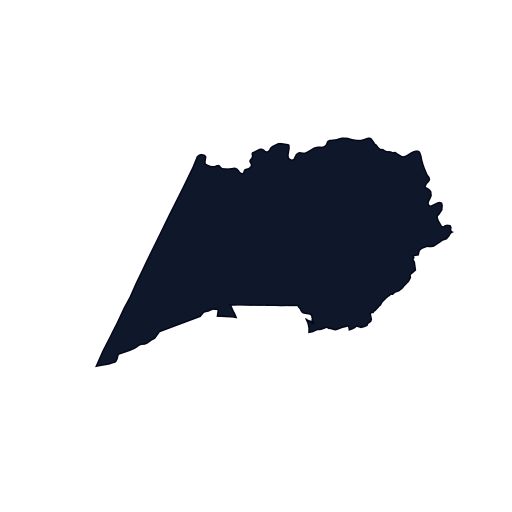 Unión Juárez, Chiapas, Mexico, rotated 240°
{"feature_id": "50627088B53663671154326", "entity_name": "Unión Juárez", "entity_type": "district", "adm_level": 2, "iso_a3": "MEX", "parent_name": "Mexico", "parent_adm1": "Chiapas", "projection": "natural_earth1", "projection_center": [-92.114, 15.071], "detail": "fine", "context": "isolated", "style": "filled", "palette": "ink", "viewbox_px": 512, "rotation_deg": 240, "n_neighbors": 0, "source": "geoboundaries", "source_scale": "gbopen_adm2", "svg_char_len": 5984}
<svg xmlns="http://www.w3.org/2000/svg" viewBox="0 0 512 512"><g transform="rotate(240 256 256)"><path d="M178.6,437.9L179.0,437.6L180.8,437.3L181.8,437.8L183.0,439.0L185.2,439.2L185.9,438.3L187.0,436.8L187.6,434.9L187.3,432.6L189.0,431.4L192.5,431.4L195.7,431.4L198.7,432.1L200.1,433.0L200.8,435.4L203.1,440.0L206.6,442.4L209.0,443.1L210.5,441.7L211.1,439.8L211.6,432.9L212.2,431.3L213.9,431.0L215.6,431.2L217.2,432.8L218.9,435.4L220.7,437.8L224.2,439.4L226.3,439.2L227.6,438.7L229.5,437.7L230.5,436.8L231.2,436.6L233.5,439.6L234.4,442.7L235.4,444.4L237.7,445.0L241.1,444.6L244.6,445.1L247.8,445.5L251.6,446.2L256.0,447.3L260.0,448.7L263.4,449.4L265.0,449.2L266.0,448.3L266.8,446.8L267.4,444.7L267.6,441.6L267.4,436.6L267.8,433.8L269.0,431.9L271.7,430.4L274.3,429.0L276.0,428.3L276.4,427.4L276.9,425.9L278.3,425.0L279.8,423.3L280.6,421.6L282.7,419.9L284.7,419.0L286.0,416.9L288.5,415.9L292.3,415.4L293.2,414.7L296.5,414.6L300.3,414.1L301.7,412.5L302.3,410.1L302.8,407.3L303.6,404.4L305.9,400.6L308.8,397.2L312.2,393.9L314.9,389.6L315.8,386.5L316.3,383.9L318.4,379.0L319.2,377.5L319.2,375.4L318.5,374.4L317.3,373.0L316.7,371.6L316.5,369.5L317.0,367.4L318.3,365.7L319.4,363.5L320.3,360.5L320.2,356.2L320.2,352.1L320.5,349.5L321.8,347.6L322.8,346.4L323.7,345.2L323.9,343.8L323.6,341.7L321.8,338.9L320.7,337.5L320.7,336.0L321.2,334.6L323.0,333.4L325.0,333.0L327.4,334.1L332.7,338.4L335.3,339.8L336.2,339.5L340.5,334.2L342.0,331.7L342.5,326.0L342.3,323.3L341.6,321.9L340.8,320.9L340.2,318.6L340.7,317.2L342.1,316.0L344.0,315.5L345.7,314.2L346.5,312.4L346.8,306.4L347.0,304.6L346.7,304.1L345.5,303.4L344.2,303.1L342.7,301.3L341.8,298.9L341.0,298.1L337.9,297.9L336.3,297.2L335.8,296.2L335.3,294.4L335.3,293.2L335.6,291.9L336.1,290.2L335.9,288.9L335.4,288.4L334.1,286.9L333.8,285.7L334.0,285.2L334.6,284.6L336.5,283.5L338.5,283.4L340.7,282.9L342.6,281.5L343.6,278.9L345.1,275.4L347.9,271.1L348.6,270.2L350.2,269.6L352.7,269.1L353.2,268.4L353.7,267.1L354.0,264.8L354.7,263.6L356.0,261.5L359.5,258.8L361.2,257.9L363.3,259.0L365.0,260.4L367.0,262.0L368.9,261.7L370.3,260.3L371.2,259.1L371.6,257.3L371.3,254.9L364.3,245.9L351.1,226.4L334.4,201.0L322.1,182.8L311.4,166.8L304.1,156.0L301.5,152.3L292.1,138.5L283.3,126.5L276.8,115.9L267.2,102.2L261.9,94.0L258.8,89.4L250.4,76.3L240.4,62.6L238.6,67.8L237.2,71.5L235.9,75.2L235.4,78.1L235.0,79.4L234.7,80.7L234.9,81.9L235.7,83.1L236.3,84.1L237.2,85.0L237.9,85.6L238.5,86.3L239.4,87.1L239.7,88.1L237.5,99.2L236.9,104.5L237.0,107.2L237.2,108.9L237.4,110.1L237.1,111.6L236.5,113.6L235.6,115.1L235.3,116.4L235.1,118.0L235.6,123.2L235.5,127.2L235.9,128.1L238.8,134.5L235.6,153.9L233.9,163.9L231.6,177.7L232.2,178.2L232.2,179.0L232.6,179.8L232.7,180.6L233.1,181.2L233.4,181.9L233.4,183.1L233.2,184.2L232.9,185.1L232.6,186.2L232.2,187.0L232.2,187.9L232.1,188.7L232.0,189.8L231.7,191.2L231.6,192.2L230.1,194.3L229.3,195.6L228.5,196.4L227.0,195.5L223.2,192.5L222.1,194.3L221.7,195.0L221.2,195.8L220.3,197.2L218.2,200.3L216.8,202.6L216.1,203.6L214.6,205.9L214.2,206.3L213.8,206.8L213.2,207.4L212.7,208.1L217.1,208.6L219.1,208.6L219.5,208.6L220.4,208.7L222.9,209.0L226.3,209.3L224.0,213.5L223.3,214.9L222.6,216.1L221.9,217.3L221.3,218.4L218.7,222.6L218.1,223.6L216.3,226.5L214.4,229.9L211.3,235.0L210.3,236.9L209.1,239.1L208.6,239.7L208.2,240.3L207.8,241.0L207.3,241.9L206.7,242.9L206.4,243.5L205.5,244.9L205.2,245.3L204.5,246.8L203.2,248.8L202.2,250.4L202.0,250.8L201.9,250.9L201.6,251.4L201.5,251.5L201.1,252.1L200.9,252.4L200.8,252.6L200.3,253.4L198.9,256.0L197.8,258.0L197.4,258.7L195.8,261.3L195.2,262.4L194.5,263.7L193.7,265.0L192.8,266.5L192.1,267.8L190.9,267.4L190.6,267.5L190.4,267.5L188.3,267.9L188.0,267.9L187.5,267.9L187.0,267.8L185.4,267.8L183.9,268.1L183.5,268.6L183.2,268.5L182.1,269.6L181.7,270.2L180.8,271.3L180.7,271.4L179.7,272.6L178.8,273.6L178.1,274.5L177.5,274.2L176.3,274.6L175.2,273.9L173.8,273.7L172.2,272.5L171.7,272.3L169.5,272.3L169.0,272.4L169.2,271.2L169.3,271.0L171.4,270.9L171.8,270.8L172.0,270.8L172.6,270.2L172.9,269.9L174.1,268.9L174.6,268.4L174.9,268.3L175.3,268.1L175.6,268.2L176.0,267.9L175.2,267.8L174.9,267.8L171.9,267.5L171.4,267.3L169.0,266.6L167.9,266.2L166.3,265.5L163.4,263.7L162.8,265.5L162.7,265.7L162.2,267.2L162.1,268.7L161.9,270.6L161.7,272.0L161.6,272.6L160.5,274.4L159.8,276.8L159.5,278.4L159.4,279.1L159.3,280.4L159.0,281.4L158.3,282.2L156.9,282.9L156.3,284.0L155.4,284.9L154.6,285.6L153.8,286.5L153.5,286.7L153.1,287.1L152.4,288.0L152.1,289.3L151.8,290.6L151.8,291.0L151.5,292.8L151.4,293.4L151.3,293.9L151.2,294.8L150.2,298.0L150.0,298.7L149.5,301.0L148.9,300.9L148.3,300.9L147.8,300.8L147.4,300.7L147.0,300.6L146.4,300.3L146.1,300.2L145.4,299.9L145.3,300.5L145.0,302.3L144.8,303.1L144.7,306.0L144.8,306.3L144.9,306.5L145.0,306.8L145.0,307.4L145.0,307.8L144.9,308.2L144.5,308.8L143.5,309.4L143.3,309.7L142.7,310.4L142.1,310.8L141.7,311.2L141.6,311.3L141.4,312.1L141.2,312.9L141.0,313.7L140.8,314.3L140.7,315.1L140.7,315.4L140.6,316.0L140.5,316.7L140.4,317.2L140.8,318.0L141.5,318.6L141.8,319.4L141.8,320.0L141.9,321.0L142.0,321.9L142.3,322.8L142.4,323.2L143.0,323.6L143.2,323.8L143.4,324.2L144.9,324.7L145.5,324.9L145.9,325.0L146.4,325.2L147.2,325.5L147.9,325.7L149.2,326.2L149.2,326.6L149.1,327.2L149.2,327.5L149.2,327.9L149.0,328.3L148.9,328.6L148.8,328.9L148.7,329.1L148.6,329.3L149.3,330.3L149.4,330.9L149.4,331.1L149.2,331.4L150.7,336.4L151.1,337.1L151.2,337.6L151.4,339.3L152.3,340.6L153.3,342.5L154.4,346.7L154.8,347.9L154.7,348.5L155.2,349.9L155.1,351.6L155.6,353.1L155.5,353.8L154.6,355.1L154.8,356.4L155.3,357.8L155.2,358.5L154.5,362.4L155.1,366.5L155.9,368.6L156.1,368.9L156.1,369.0L158.0,375.6L160.1,378.9L162.8,380.0L164.1,387.0L171.4,390.0L174.9,390.1L175.5,391.7L177.7,392.3L175.9,397.1L177.1,398.0L177.3,398.5L178.0,398.5L178.3,399.2L178.6,399.6L179.1,400.2L179.4,400.9L179.8,403.4L178.8,409.6L178.5,409.5L177.1,411.5L175.9,414.3L175.8,414.8L176.3,423.1L176.6,424.9L175.7,429.8L176.2,430.6L176.8,432.7L178.6,435.9L178.6,437.9Z" fill="#0f172a" stroke="#020617" stroke-width="1.5"/></g></svg>